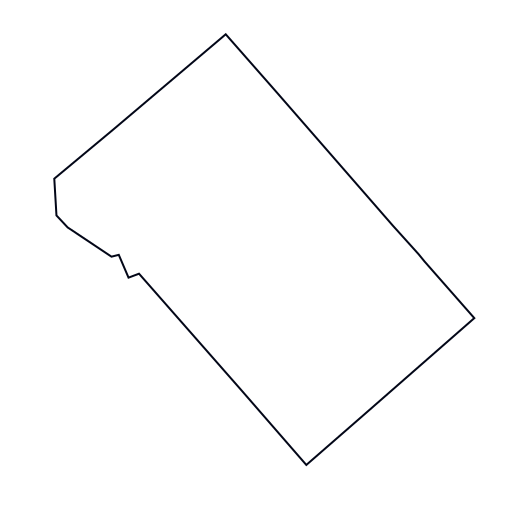 Franklin, Mississippi, United States of America (Albers equal-area conic projection), rotated 49°
{"feature_id": "52423323B97407151829576", "entity_name": "Franklin", "entity_type": "district", "adm_level": 2, "iso_a3": "USA", "parent_name": "United States of America", "parent_adm1": "Mississippi", "projection": "albers", "projection_center": [-90.954, 31.466], "detail": "fine", "context": "isolated", "style": "outline", "palette": "ink", "viewbox_px": 512, "rotation_deg": 49, "n_neighbors": 0, "source": "geoboundaries", "source_scale": "gbopen_adm2", "svg_char_len": 399}
<svg xmlns="http://www.w3.org/2000/svg" viewBox="0 0 512 512"><g transform="rotate(49 256 256)"><path d="M110.9,379.4L161.7,365.5L165.1,358.8L188.7,366.4L192.6,355.9L346.8,355.1L446.7,355.1L446.6,273.9L446.1,132.0L370.7,132.4L361.4,132.1L322.8,132.8L144.8,133.0L88.0,133.3L68.8,133.4L66.9,281.3L66.7,290.8L65.3,357.5L94.5,380.0L110.9,379.4Z" fill="none" stroke="#020617" stroke-width="2"/></g></svg>